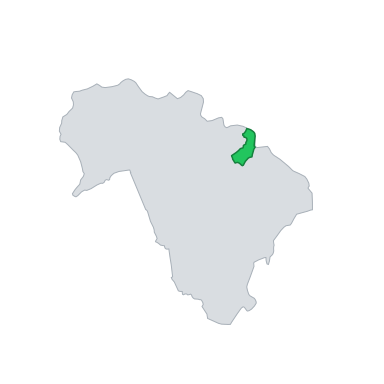 Burkina Faso, with Loroum highlighted, rotated 68°
{"feature_id": "BFA-2822", "entity_name": "Loroum", "entity_type": "Province", "adm_level": 1, "iso_a3": "BFA", "parent_name": "Burkina Faso", "parent_adm1": "", "projection": "robinson", "projection_center": [-2.181, 13.899], "detail": "fine", "context": "in_parent", "style": "filled", "palette": "green", "viewbox_px": 384, "rotation_deg": 68, "n_neighbors": 0, "source": "natural_earth", "source_scale": "10m", "svg_char_len": 3978}
<svg xmlns="http://www.w3.org/2000/svg" viewBox="0 0 384 384"><g transform="rotate(68 192 192)"><path d="M277.7,241.7L268.8,242.1L265.5,243.2L263.5,243.2L263.5,242.3L263.2,241.7L252.0,238.6L244.1,236.8L236.1,234.8L235.6,236.7L234.5,237.9L232.7,238.0L231.5,237.7L230.7,239.2L229.4,241.1L227.6,242.0L225.7,243.2L224.7,244.3L224.0,244.3L222.1,241.8L219.7,241.6L215.1,242.0L213.1,241.3L210.3,241.0L203.7,241.5L193.2,240.5L191.4,241.0L191.0,241.5L180.6,241.6L169.1,241.7L159.4,241.8L151.0,241.9L151.0,241.5L148.3,241.5L148.0,242.3L145.6,252.1L145.4,257.5L146.6,260.8L148.1,262.9L149.7,263.8L149.8,265.0L148.5,266.5L148.6,268.1L150.1,269.8L150.5,271.5L149.7,273.3L149.9,277.6L151.1,284.4L151.1,288.9L150.0,290.9L150.5,294.4L152.6,299.3L153.0,301.4L152.2,302.3L150.5,303.6L148.8,303.5L146.7,300.6L145.8,299.2L144.2,296.2L142.8,293.2L140.9,291.9L139.1,290.7L136.8,286.8L134.6,285.0L132.3,285.5L129.0,284.8L122.2,283.9L115.0,284.1L111.9,285.0L108.9,286.4L101.4,289.5L98.4,291.0L96.1,294.9L93.6,294.8L91.0,293.5L89.4,291.8L85.9,292.2L82.6,290.5L79.4,287.1L77.0,286.0L74.0,283.6L73.2,279.0L71.3,275.8L69.5,271.3L66.9,269.3L63.9,268.3L59.7,268.5L57.0,266.7L54.9,264.1L55.4,261.8L56.4,258.6L56.5,255.5L57.2,250.4L56.8,244.1L56.1,239.7L58.4,237.9L61.0,236.3L62.7,233.3L64.4,226.6L65.2,220.8L64.7,218.6L63.8,216.9L63.1,214.4L62.7,211.4L63.2,208.7L65.2,206.3L67.7,204.2L69.5,203.2L74.3,202.2L80.2,200.7L83.6,198.9L86.1,197.2L87.5,195.8L88.9,193.0L91.2,190.8L93.0,188.6L93.3,182.5L93.3,179.0L91.9,177.0L91.2,175.4L100.0,170.6L100.1,167.2L98.9,163.4L97.2,160.4L96.5,157.7L99.0,154.7L101.1,152.3L102.7,150.4L106.1,147.3L109.7,146.6L113.0,147.7L122.6,154.8L124.2,155.2L126.2,154.7L128.8,152.8L132.1,151.4L133.3,146.6L133.2,139.6L133.9,136.5L135.7,135.9L141.2,137.2L142.6,137.3L144.2,136.8L145.4,135.6L145.3,133.4L145.1,131.4L146.9,124.9L150.2,120.1L156.8,114.0L158.9,112.8L161.3,112.1L173.2,116.3L175.1,115.3L178.0,104.9L181.2,104.0L185.1,103.8L187.6,102.9L188.9,102.2L194.6,98.2L204.5,92.9L209.9,90.6L210.9,89.8L214.8,86.0L219.9,81.6L223.1,80.7L227.6,80.4L230.4,81.1L231.2,82.4L232.1,83.0L238.0,81.1L246.4,84.1L253.6,87.0L253.2,88.8L253.1,92.1L252.5,97.2L251.8,103.3L254.8,107.3L258.4,111.6L259.4,113.3L258.5,117.5L259.1,120.0L261.0,124.1L264.3,129.3L267.6,134.7L269.9,135.4L272.1,135.8L273.4,136.8L275.4,137.7L277.3,138.3L279.0,139.5L280.1,140.7L281.5,144.0L285.2,146.2L287.8,148.3L286.8,149.4L283.5,149.0L280.4,148.0L280.0,149.6L279.9,155.7L280.4,160.8L281.2,161.5L284.2,162.4L291.6,169.0L298.3,175.2L300.5,176.8L304.2,177.5L308.3,177.7L310.0,177.1L314.0,174.0L316.1,173.6L318.1,173.7L319.2,174.2L321.1,176.8L322.9,180.7L323.4,183.5L323.2,185.1L322.6,185.6L319.4,186.4L318.0,187.0L317.6,187.8L318.1,189.7L318.8,190.9L322.4,196.5L327.6,204.1L329.1,206.0L328.3,208.2L325.6,214.1L323.7,216.6L315.1,224.9L310.8,223.9L301.9,225.6L300.5,223.7L298.5,223.4L295.9,223.7L294.9,224.5L294.7,225.3L293.7,226.4L292.1,229.7L290.8,230.6L289.2,231.1L287.3,231.0L286.2,231.5L286.1,233.1L285.8,234.5L284.5,235.2L283.9,236.8L284.1,238.4L283.3,239.1L281.6,238.7L280.6,238.3L279.7,240.3L278.5,241.7L277.7,241.7Z" fill="#d9dde1" stroke="#a8b0b8" stroke-width="1"/><path d="M172.9,117.1L173.5,117.0L174.1,116.7L175.7,118.9L176.8,119.6L179.7,121.9L181.8,123.2L181.8,123.9L181.5,125.4L181.6,127.0L183.5,130.9L184.6,132.3L185.8,133.7L186.0,133.9L186.4,134.5L186.4,135.5L185.6,136.1L184.3,136.6L182.9,137.4L181.7,138.5L181.3,140.2L181.3,141.1L179.8,141.5L178.7,141.6L176.9,142.0L176.1,141.8L175.1,141.7L173.8,141.8L173.1,141.6L172.0,136.4L170.9,133.0L170.6,132.5L169.9,130.9L170.0,129.5L170.2,128.3L169.6,127.6L168.5,127.2L167.9,126.3L167.7,124.2L167.2,123.9L166.4,123.6L164.9,121.9L163.7,121.3L162.6,121.2L161.7,121.8L161.1,122.4L160.8,123.0L160.3,123.2L159.7,122.9L159.2,123.2L158.7,123.6L158.2,123.6L157.4,123.3L157.1,123.0L157.2,122.2L156.8,121.1L155.6,119.3L153.7,117.4L155.7,114.9L156.4,114.2L159.2,112.4L161.1,111.9L163.8,112.5L171.8,116.8L172.9,117.1Z" fill="#22c55e" stroke="#15803d" stroke-width="1.5"/></g></svg>